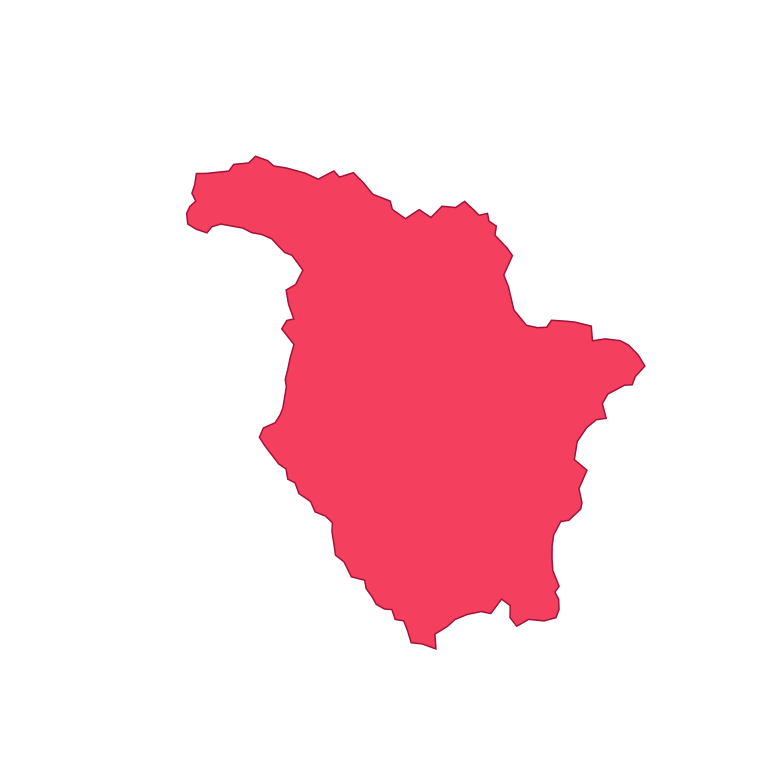 Chuvisca, Rio Grande do Sul, Brazil (Robinson projection), rotated 304°
{"feature_id": "56859067B76189475102624", "entity_name": "Chuvisca", "entity_type": "district", "adm_level": 2, "iso_a3": "BRA", "parent_name": "Brazil", "parent_adm1": "Rio Grande do Sul", "projection": "robinson", "projection_center": [-52.004, -30.767], "detail": "fine", "context": "isolated", "style": "filled", "palette": "rose", "viewbox_px": 768, "rotation_deg": 304, "n_neighbors": 0, "source": "geoboundaries", "source_scale": "gbopen_adm2", "svg_char_len": 1959}
<svg xmlns="http://www.w3.org/2000/svg" viewBox="0 0 768 768"><g transform="rotate(304 384 384)"><path d="M453.6,110.8L443.4,115.6L434.7,118.1L430.4,125.7L422.8,123.8L415.2,124.9L406.9,131.8L407.3,141.8L410.3,152.7L418.1,153.4L425.3,159.2L434.3,179.7L435.5,189.7L439.5,198.8L441.6,209.7L439.2,219.7L437.5,228.2L439.2,235.9L433.0,253.1L417.1,255.1L407.2,250.3L396.7,260.3L387.5,272.8L382.4,267.9L372.5,268.4L366.4,287.3L352.8,291.7L344.1,295.3L332.4,299.7L327.1,304.6L316.9,309.3L307.4,313.6L300.6,315.1L291.0,315.4L280.1,308.6L270.1,310.5L266.2,319.7L258.8,341.5L258.8,350.3L251.3,357.5L252.3,365.6L245.6,374.8L245.5,388.9L239.4,398.5L241.8,409.4L240.2,418.7L232.4,423.5L224.4,431.0L215.0,439.5L214.2,450.3L205.9,464.8L210.5,477.7L204.4,483.6L201.0,492.9L197.0,500.8L197.7,510.2L201.4,516.7L195.1,524.9L198.6,532.8L193.2,540.8L184.7,551.2L189.9,561.1L193.4,575.2L205.1,566.1L218.5,572.1L228.6,574.6L239.4,581.8L249.7,591.8L253.4,600.9L271.4,601.8L270.8,612.6L260.9,619.0L257.4,629.5L269.7,635.5L277.1,649.2L286.4,657.2L294.9,655.2L303.3,649.1L307.0,642.0L314.2,642.3L323.7,628.3L333.5,620.7L343.8,613.9L353.9,609.0L368.8,607.4L374.3,613.4L390.3,617.0L396.1,614.6L406.3,604.1L426.0,600.5L427.7,584.1L444.3,576.4L461.2,576.4L473.1,580.0L479.8,587.4L489.8,576.0L500.9,575.2L517.6,584.1L522.1,590.2L530.5,588.2L544.8,590.2L550.2,578.5L553.0,565.2L552.0,555.5L545.2,542.3L536.4,532.6L547.9,523.5L542.1,507.7L538.1,500.2L530.5,487.2L522.1,487.2L516.5,479.7L512.3,469.2L518.0,450.3L534.3,432.6L541.4,422.3L562.2,418.7L565.5,410.2L569.4,392.8L577.7,388.8L577.7,380.0L583.3,374.4L577.0,368.4L578.5,361.1L580.5,348.7L570.3,344.6L563.8,332.7L548.3,329.8L548.3,315.7L533.0,309.3L533.4,293.3L539.1,286.9L535.0,268.7L539.3,254.3L542.1,240.5L530.6,231.3L532.6,223.3L526.1,219.7L517.0,214.9L514.7,200.5L508.5,182.3L503.1,170.7L504.1,162.8L501.0,150.2L491.6,148.2L482.0,136.6L473.8,136.3L459.2,118.9L453.6,110.8Z" fill="#f43f5e" stroke="#9f1239" stroke-width="1.5"/></g></svg>